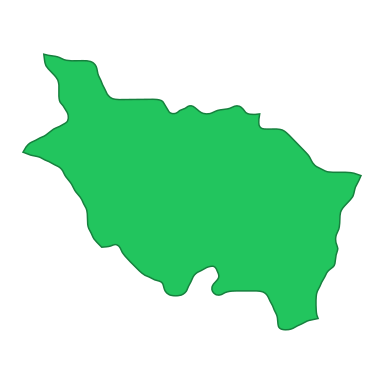 the district of Rancho Arriba, San José de Ocoa, Dominican Republic
{"feature_id": "3306468B42519572872146", "entity_name": "Rancho Arriba", "entity_type": "district", "adm_level": 2, "iso_a3": "DOM", "parent_name": "Dominican Republic", "parent_adm1": "San José de Ocoa", "projection": "albers", "projection_center": [-70.446, 18.713], "detail": "fine", "context": "isolated", "style": "filled", "palette": "green", "viewbox_px": 384, "rotation_deg": 0, "n_neighbors": 0, "source": "geoboundaries", "source_scale": "gbopen_adm2", "svg_char_len": 3865}
<svg xmlns="http://www.w3.org/2000/svg" viewBox="0 0 384 384"><path d="M23.0,152.2L30.6,155.1L32.8,155.6L37.3,156.5L39.4,157.1L40.4,157.5L45.0,160.0L49.1,161.7L54.5,164.7L58.4,166.6L60.1,167.8L61.6,169.3L62.8,171.0L64.7,174.9L65.8,176.7L70.5,182.6L71.7,184.4L74.7,190.2L75.9,192.0L80.1,197.0L81.8,199.7L83.6,203.7L86.1,208.3L86.8,210.4L87.3,213.8L87.7,224.3L88.1,226.5L88.8,228.6L91.2,233.2L93.0,237.2L94.1,239.1L97.0,242.4L101.7,247.2L106.4,246.8L108.6,246.5L110.7,246.0L113.2,245.0L114.9,244.6L115.8,244.6L116.7,244.8L118.3,245.7L119.0,246.3L120.1,247.8L122.4,252.6L123.8,254.5L125.3,256.4L130.4,261.9L139.3,270.8L142.0,273.2L145.0,275.3L149.1,277.0L154.6,279.8L159.5,281.2L161.3,282.1L162.0,282.7L163.0,284.3L164.3,289.0L165.1,290.9L166.3,292.5L167.1,293.3L168.9,294.5L169.9,295.0L171.0,295.3L173.3,295.7L175.6,295.8L177.9,295.7L181.2,295.1L183.2,294.1L184.9,292.8L186.3,291.2L186.8,290.3L188.5,286.3L190.9,281.8L193.1,276.9L194.3,275.1L195.8,273.6L197.4,272.4L201.3,270.5L206.7,267.5L208.7,266.8L210.6,266.4L212.4,266.2L213.3,266.3L214.2,266.7L215.0,267.2L216.2,268.7L218.4,273.8L218.8,275.6L218.8,276.5L218.6,277.5L218.2,278.5L217.0,280.2L213.4,284.2L212.3,286.2L212.0,287.2L211.9,289.4L212.2,290.5L212.6,291.5L213.8,293.1L215.5,294.4L216.4,294.8L218.6,295.1L219.7,295.0L221.6,294.5L225.1,292.6L227.2,291.9L229.5,291.4L232.0,291.1L237.0,290.9L256.1,290.9L259.8,291.2L262.1,291.7L263.3,292.1L265.1,293.2L265.9,293.9L267.3,295.5L268.3,297.3L270.1,301.2L272.6,305.8L274.2,309.9L276.1,313.7L276.9,315.6L277.4,317.8L278.0,324.2L278.4,326.2L278.8,327.1L279.5,328.0L280.3,328.6L281.2,329.1L283.2,329.6L285.4,329.8L288.7,329.6L290.9,329.1L293.0,328.3L297.5,325.8L301.5,324.0L307.1,321.1L309.2,320.4L318.1,318.5L316.8,315.0L316.4,312.6L316.2,310.2L316.0,305.3L316.0,300.3L316.2,296.6L316.5,294.2L316.8,293.0L317.5,290.9L319.9,286.3L321.7,282.2L324.8,276.8L326.7,272.9L327.9,271.3L329.3,269.9L333.0,267.0L333.6,266.3L334.2,265.5L334.9,263.6L336.1,255.0L337.5,250.4L337.8,248.7L337.4,246.9L335.9,242.4L335.6,239.1L335.8,236.9L336.3,234.8L338.8,229.1L339.3,226.8L339.7,223.1L340.0,215.7L340.6,212.1L341.6,209.9L342.9,207.9L344.5,206.0L350.4,199.7L352.6,196.8L353.1,195.8L353.8,193.6L354.8,189.3L355.4,187.2L358.8,180.6L361.0,175.6L353.9,173.2L350.4,172.6L345.5,172.3L333.1,172.3L328.3,171.9L327.1,171.7L325.0,170.9L316.5,166.6L314.9,165.4L312.8,163.0L311.7,161.2L309.7,157.3L308.4,155.3L305.9,152.5L289.1,135.2L286.4,132.7L284.5,131.2L282.3,130.0L280.0,129.4L276.3,129.0L267.8,129.1L264.4,129.0L262.3,128.6L261.3,128.1L260.4,127.4L259.8,126.6L259.3,125.7L259.0,124.7L258.8,122.6L258.9,119.2L259.7,113.9L255.4,114.4L253.1,114.4L249.8,114.2L247.8,113.7L246.0,112.7L245.4,112.1L243.2,109.2L241.2,107.3L239.5,106.3L237.4,105.9L236.4,105.9L234.4,106.3L229.8,108.3L227.5,108.9L220.1,109.9L217.7,110.4L215.6,111.2L211.9,112.9L209.9,113.6L206.5,113.9L203.2,113.4L201.1,112.5L199.2,111.2L194.9,107.6L193.1,106.4L191.2,105.8L189.3,105.9L187.8,106.5L185.2,108.3L180.2,110.3L179.4,110.8L177.6,112.3L176.1,113.2L174.3,113.6L172.3,113.6L170.5,113.0L169.7,112.5L169.0,111.8L163.1,102.0L162.4,101.3L161.4,100.6L159.3,99.9L157.0,99.5L153.2,99.3L119.2,99.6L115.4,99.3L113.0,98.8L111.8,98.3L110.0,97.2L108.5,95.7L107.2,94.1L104.9,89.3L102.5,84.6L100.9,80.5L98.6,75.8L97.9,73.8L96.8,68.4L96.1,66.4L95.0,64.6L93.5,63.1L92.7,62.5L90.6,61.5L86.9,60.8L83.1,60.7L71.5,60.8L66.5,60.3L64.1,59.7L59.4,57.5L57.4,56.8L55.2,56.3L48.3,55.3L43.8,54.2L44.6,60.6L45.0,62.8L45.7,65.0L46.2,66.1L48.4,69.0L54.4,75.3L56.0,77.2L57.3,79.2L57.9,80.3L58.5,82.6L58.9,85.0L58.9,96.1L59.1,98.4L59.5,100.6L60.3,102.5L63.1,105.8L67.3,112.6L68.0,114.6L68.2,115.6L68.3,117.8L68.2,118.8L67.6,120.8L67.1,121.7L65.6,123.0L59.6,126.4L55.6,128.1L53.6,129.1L51.7,130.5L46.2,134.8L44.2,136.1L40.2,137.8L35.6,140.3L31.7,142.1L29.9,143.1L28.2,144.5L26.1,146.9L23.0,152.2Z" fill="#22c55e" stroke="#15803d" stroke-width="1.5"/></svg>